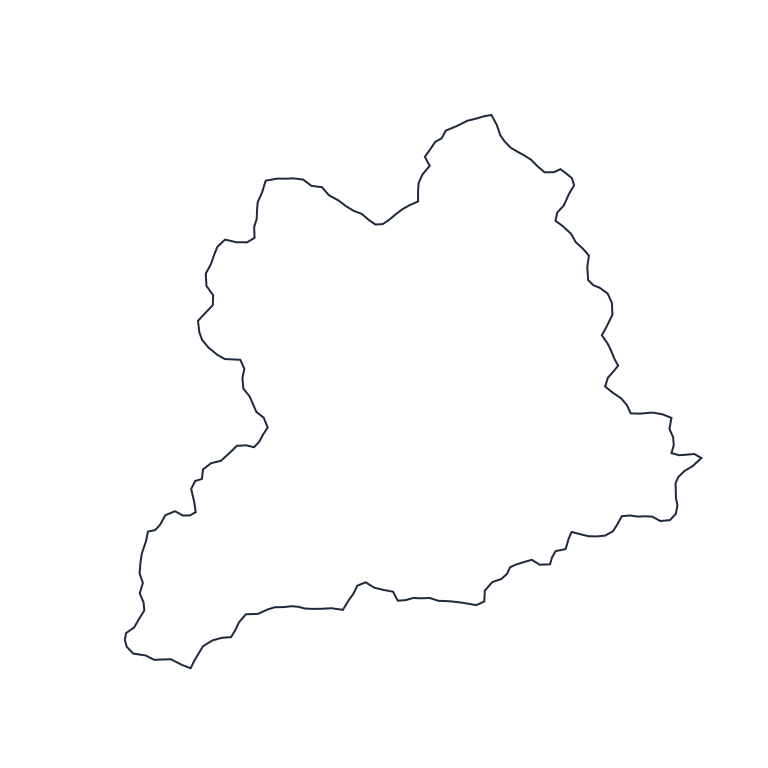 Rio Piracicaba, Minas Gerais, Brazil, rotated 350°
{"feature_id": "56859067B90446172591220", "entity_name": "Rio Piracicaba", "entity_type": "district", "adm_level": 2, "iso_a3": "BRA", "parent_name": "Brazil", "parent_adm1": "Minas Gerais", "projection": "orthographic", "projection_center": [-43.151, -19.961], "detail": "fine", "context": "isolated", "style": "outline", "palette": "slate", "viewbox_px": 768, "rotation_deg": 350, "n_neighbors": 0, "source": "geoboundaries", "source_scale": "gbopen_adm2", "svg_char_len": 2993}
<svg xmlns="http://www.w3.org/2000/svg" viewBox="0 0 768 768"><g transform="rotate(350 384 384)"><path d="M683.7,512.0L677.4,506.8L669.3,506.1L662.3,505.4L655.1,502.0L658.8,494.4L659.5,486.5L657.3,477.9L661.2,467.3L652.8,462.1L643.2,458.7L631.5,457.7L621.8,455.8L619.6,447.0L615.0,439.2L608.0,432.5L601.3,424.9L605.6,416.7L612.2,411.4L617.8,406.6L615.3,399.4L613.3,389.9L611.2,382.9L607.0,373.8L613.0,366.4L621.0,355.4L622.5,343.6L620.0,333.8L613.0,326.6L607.4,323.2L603.1,317.1L604.5,304.1L608.1,293.2L603.6,285.6L597.5,277.7L594.2,268.4L587.2,259.3L581.2,253.0L584.5,245.1L591.9,239.6L599.2,228.9L605.7,221.4L604.8,214.0L600.0,208.3L595.1,203.1L588.1,204.9L578.9,203.4L572.8,196.0L567.9,188.8L561.3,182.8L555.2,178.0L549.8,173.3L545.0,166.3L541.7,159.1L540.1,148.6L536.5,137.7L529.1,137.7L520.3,138.7L511.8,139.2L500.9,142.5L488.8,145.2L483.5,152.0L476.4,154.5L470.5,160.7L463.7,167.3L466.9,177.1L458.4,184.2L453.1,191.8L451.1,199.6L449.3,210.1L439.8,212.5L432.4,215.1L424.5,219.2L416.8,223.6L410.5,226.3L403.3,225.5L397.3,219.6L391.7,212.7L384.2,208.2L377.6,202.4L371.2,195.5L362.5,188.5L357.1,179.4L347.0,176.3L339.8,168.6L330.7,165.8L323.2,164.8L314.8,163.2L302.8,163.2L297.2,174.1L291.1,183.2L289.0,191.4L287.3,199.3L283.4,206.8L281.9,217.6L273.8,220.7L263.3,218.8L252.6,214.2L243.8,219.9L239.3,227.1L234.3,236.0L227.6,244.4L226.2,256.7L231.2,266.9L229.1,276.6L219.9,283.4L211.8,289.4L211.1,301.0L212.5,308.9L217.4,317.5L224.7,326.1L231.6,331.8L246.7,335.2L249.1,344.8L245.6,353.6L244.7,364.2L249.5,372.8L251.7,382.0L253.4,389.2L259.7,396.3L261.9,406.6L256.3,412.6L251.0,419.3L245.0,423.7L237.8,420.5L228.4,419.3L220.7,424.6L210.1,431.3L199.9,432.0L191.0,436.6L188.2,445.9L181.2,446.7L175.9,453.9L176.6,467.7L176.3,477.5L170.2,479.7L163.1,478.6L156.1,473.0L145.9,475.2L138.9,483.9L133.3,488.1L125.9,488.4L122.3,497.5L116.0,509.0L112.8,518.8L110.4,528.2L112.0,538.0L107.1,547.8L109.3,557.5L108.6,565.4L102.6,572.1L95.6,580.4L86.8,584.5L84.3,591.0L85.0,598.1L90.2,605.9L102.2,610.0L109.7,615.7L116.7,616.7L126.2,618.0L136.4,625.7L144.2,630.3L149.2,623.5L154.4,617.5L160.2,610.8L170.6,606.7L180.2,605.8L189.4,606.7L194.9,600.5L199.8,593.5L208.0,586.8L219.9,588.5L229.9,585.9L237.6,584.9L246.8,586.3L254.5,586.8L260.9,588.5L267.2,591.4L274.7,593.1L283.4,594.5L293.4,595.7L304.3,599.3L311.4,591.1L317.3,585.4L322.7,578.0L331.5,576.1L338.9,582.8L347.7,586.7L356.8,590.1L359.9,599.8L367.8,600.6L375.5,599.8L382.9,601.4L391.8,602.7L399.8,606.9L411.9,609.6L423.8,613.2L436.5,617.8L445.0,615.6L447.4,605.0L456.2,597.9L465.7,596.4L472.2,592.3L476.4,586.3L482.8,584.7L490.5,583.7L499.0,582.8L506.0,589.0L516.2,590.4L519.3,584.0L524.0,578.4L534.2,578.1L539.1,568.2L543.1,562.3L551.2,566.0L558.9,569.4L566.7,571.0L575.5,571.7L583.9,568.7L589.5,562.7L595.2,555.5L603.4,556.2L610.7,558.6L618.1,559.6L625.1,561.2L632.3,566.9L642.0,567.7L648.9,562.4L651.9,554.5L651.7,547.0L652.8,539.9L653.9,532.3L657.7,526.7L664.7,521.9L673.8,518.4L683.7,512.0Z" fill="none" stroke="#1e293b" stroke-width="2"/></g></svg>